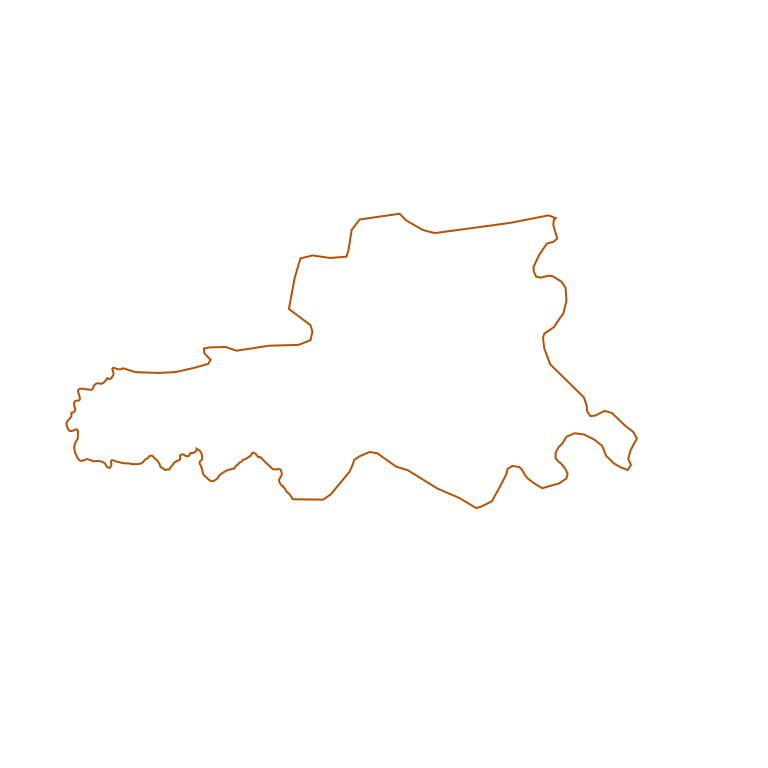 Suárez, Canelones, Uruguay, rotated 34°
{"feature_id": "84410073B82028195358702", "entity_name": "Suárez", "entity_type": "district", "adm_level": 2, "iso_a3": "URY", "parent_name": "Uruguay", "parent_adm1": "Canelones", "projection": "equal_earth", "projection_center": [-56.061, -34.736], "detail": "fine", "context": "isolated", "style": "outline", "palette": "amber", "viewbox_px": 768, "rotation_deg": 34, "n_neighbors": 0, "source": "geoboundaries", "source_scale": "gbopen_adm2", "svg_char_len": 6045}
<svg xmlns="http://www.w3.org/2000/svg" viewBox="0 0 768 768"><g transform="rotate(34 384 384)"><path d="M634.1,319.1L634.1,313.1L628.3,309.4L625.5,301.3L624.1,287.7L617.3,284.3L607.8,283.8L589.1,280.6L581.9,282.9L576.6,292.3L572.9,295.2L567.7,293.1L563.9,288.4L557.2,283.3L534.4,279.1L510.9,274.8L497.0,264.9L490.0,256.8L488.7,252.6L490.7,247.8L493.1,241.7L493.0,233.9L493.2,225.1L488.8,213.0L480.7,202.7L473.9,199.9L463.7,200.3L459.6,202.4L454.6,208.1L450.1,209.9L445.1,206.9L442.5,203.3L441.6,197.9L440.5,190.3L440.5,176.5L445.0,171.3L446.3,166.5L435.6,157.7L433.0,153.1L433.6,150.5L426.1,152.2L399.0,179.4L341.6,230.6L330.2,234.6L310.8,236.0L301.8,234.1L271.8,261.2L271.0,274.2L279.7,292.9L281.7,299.4L268.8,309.7L252.9,317.3L244.5,326.6L250.5,345.7L263.2,375.0L290.1,376.3L295.4,380.7L298.6,388.7L291.2,399.4L267.2,416.6L243.1,438.9L231.9,441.9L218.4,451.6L214.9,455.4L217.9,459.0L226.7,460.9L227.0,465.6L217.8,476.5L204.6,490.6L191.2,500.7L171.3,513.2L158.8,516.9L158.4,518.1L157.7,518.8L156.6,519.7L155.4,520.4L154.2,520.8L152.9,521.2L151.4,521.5L150.7,521.8L150.3,522.5L150.3,523.2L150.8,524.0L151.6,524.4L152.3,524.9L152.8,525.5L153.6,526.4L154.3,527.0L154.6,528.1L154.7,529.0L154.6,530.3L154.7,531.4L154.3,532.4L153.8,533.2L153.1,533.5L152.4,533.7L151.6,533.8L151.1,534.3L151.4,534.7L151.6,535.6L151.2,536.7L151.1,538.0L150.9,539.5L150.4,540.7L149.4,541.9L148.5,542.5L146.6,543.1L145.6,544.2L145.0,545.1L144.7,546.1L144.4,547.2L144.5,548.1L144.8,549.1L145.1,550.4L145.1,551.7L144.3,552.7L143.1,553.4L142.0,553.9L140.6,554.6L139.6,555.2L138.3,555.7L137.0,556.4L136.1,556.8L134.9,557.7L134.1,558.8L133.9,560.1L134.4,561.3L135.5,562.1L136.7,563.0L137.9,564.0L139.1,565.1L140.0,566.0L140.4,567.2L140.3,568.3L139.4,569.1L138.5,569.6L137.8,570.3L137.6,571.1L137.4,572.0L137.5,573.0L138.3,574.1L139.2,574.9L140.2,575.9L141.4,576.8L142.2,577.5L142.6,578.9L142.8,580.0L142.5,581.1L141.8,581.9L141.0,582.7L141.2,583.4L142.3,584.4L143.0,585.8L142.9,587.5L142.6,589.6L142.3,591.4L142.4,593.1L143.0,594.6L144.0,595.8L145.3,596.7L146.6,597.7L148.1,598.4L149.4,598.7L150.4,598.3L151.3,597.6L152.3,596.6L153.1,595.1L154.0,593.9L155.2,593.3L156.5,594.1L157.5,595.3L158.3,597.0L159.4,598.4L160.2,599.7L160.7,601.0L160.7,602.2L160.7,603.8L161.0,605.3L161.5,607.0L162.0,608.5L162.4,609.6L163.3,610.7L164.7,612.1L165.9,613.2L167.0,614.1L168.2,614.7L169.5,615.5L170.4,616.2L171.9,616.9L173.0,617.3L174.6,617.5L175.8,617.1L177.0,616.2L177.6,615.2L178.4,614.4L178.9,613.5L179.9,612.3L181.1,611.9L182.3,611.5L183.2,611.2L184.1,611.0L185.2,611.1L186.1,610.9L186.8,610.1L188.2,609.1L189.9,607.8L191.6,606.8L193.3,606.3L195.3,605.9L196.9,605.9L198.0,606.3L199.2,607.1L200.6,607.5L201.7,607.6L203.1,607.2L203.7,606.5L203.7,605.8L203.4,604.2L203.0,603.2L202.4,602.4L201.4,601.5L200.8,600.5L200.9,599.5L201.9,598.8L203.3,598.3L204.8,598.2L206.5,597.6L208.2,596.8L210.1,596.3L211.7,595.6L213.2,594.9L214.6,594.1L215.7,593.1L217.1,592.4L219.1,591.7L220.7,590.8L222.6,589.6L223.8,588.7L224.5,588.2L225.3,587.4L226.3,586.6L227.0,585.7L227.3,584.8L227.8,583.8L228.1,582.5L228.0,581.3L228.5,579.9L228.9,578.7L229.6,577.5L229.8,576.6L229.9,575.4L230.0,574.8L230.4,574.2L230.9,573.8L231.4,573.2L232.0,573.1L232.9,573.2L233.6,573.3L234.6,573.7L235.4,573.9L236.4,574.0L237.4,574.1L238.4,574.2L239.5,574.5L240.8,575.0L242.1,575.5L243.0,576.1L243.8,577.0L244.9,577.5L246.2,577.7L248.0,577.6L249.4,577.6L250.0,577.7L250.7,577.5L251.7,576.8L252.1,576.1L253.1,575.4L253.9,574.7L253.9,573.7L253.6,572.8L253.8,571.7L253.9,570.7L254.1,569.6L254.0,568.3L253.9,567.1L254.2,566.1L254.5,565.6L255.0,564.9L255.0,564.2L255.5,563.2L256.1,562.6L256.8,561.6L257.1,560.7L256.9,560.0L256.5,559.4L255.8,558.5L255.1,557.9L255.1,557.0L255.3,556.1L255.8,555.4L256.9,554.7L257.2,554.6L258.0,554.5L259.1,554.6L260.3,554.5L261.6,553.6L262.5,552.6L262.5,551.8L262.3,551.0L262.0,550.3L262.1,549.5L262.9,549.0L264.0,548.3L264.7,547.2L265.3,545.8L265.7,544.6L265.5,543.8L265.1,543.0L264.8,542.4L265.9,542.5L267.1,542.2L268.3,542.3L270.0,542.9L271.4,543.6L272.6,544.6L274.0,546.3L275.4,548.0L275.2,549.6L274.7,550.2L274.9,552.1L276.1,553.4L277.9,554.1L279.3,555.2L281.0,556.7L282.8,558.1L283.5,559.3L285.7,560.3L287.7,560.8L289.6,560.8L291.8,561.2L293.6,561.4L295.2,561.0L296.8,560.1L297.4,558.8L297.7,557.9L298.4,556.7L298.7,554.9L298.6,552.9L298.7,551.1L299.2,549.7L300.0,547.6L301.3,544.9L302.7,542.5L304.4,540.8L305.6,539.1L306.0,538.9L306.6,538.6L306.8,538.2L307.1,537.4L307.2,536.7L307.1,535.7L306.9,534.8L307.2,534.1L307.5,533.5L307.8,532.6L308.0,531.3L308.2,530.3L308.3,529.5L308.9,528.9L309.3,527.5L309.4,526.1L310.0,525.0L310.8,524.1L311.5,522.8L312.1,521.7L312.6,520.4L312.9,519.4L313.3,518.9L313.5,518.5L313.6,517.4L313.3,516.3L313.2,515.5L313.5,514.9L313.9,514.1L315.0,513.7L316.2,513.7L317.4,513.9L318.9,514.5L321.0,514.8L321.9,513.9L323.8,514.0L325.5,514.4L327.6,514.8L329.0,515.1L330.2,515.4L331.6,515.6L332.9,515.6L334.0,515.9L334.9,516.0L335.8,516.2L336.7,516.3L338.2,516.6L339.6,516.7L340.5,516.4L341.1,516.0L342.0,515.2L343.1,514.5L343.5,514.0L344.1,513.5L344.8,513.2L345.7,512.8L346.5,512.9L347.2,513.4L347.9,514.1L348.7,514.8L349.5,515.7L350.1,516.7L350.3,517.9L350.3,519.5L350.4,520.6L350.5,521.8L350.9,522.6L351.9,523.4L352.7,524.2L353.8,524.7L355.3,525.4L356.2,525.3L357.1,525.1L357.6,525.4L358.3,525.9L359.4,525.8L360.6,526.2L361.5,526.9L363.1,527.5L364.1,527.9L365.2,528.0L366.5,527.9L367.6,528.3L369.1,529.0L370.3,529.3L371.3,529.8L372.0,530.3L372.9,530.5L384.4,523.0L398.3,513.8L401.6,505.1L404.5,475.9L403.0,467.7L401.7,463.4L404.4,457.2L410.1,448.4L417.1,445.2L440.4,445.7L451.7,442.2L486.9,440.8L510.6,436.3L529.7,435.4L533.0,431.5L539.1,420.7L538.4,414.5L537.5,403.7L535.8,390.2L533.9,385.2L536.3,380.1L542.6,377.2L546.5,377.9L551.2,380.4L555.3,381.9L563.4,382.4L573.5,381.9L579.0,375.2L584.8,368.5L588.0,360.3L586.4,355.7L581.2,352.7L575.1,350.9L571.3,350.7L567.5,349.3L564.6,344.7L564.1,338.4L565.2,333.8L564.7,325.8L569.6,318.2L578.0,314.0L589.6,312.5L599.5,313.3L608.0,319.2L618.9,321.3L626.4,320.8L634.1,319.1Z" fill="none" stroke="#b45309" stroke-width="2"/></g></svg>